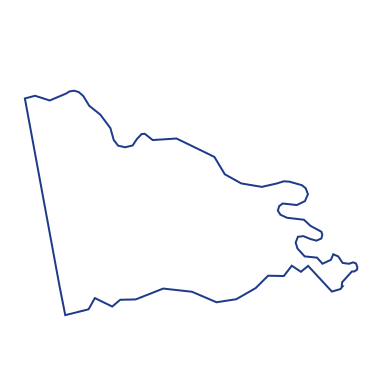 Wabash, Illinois, United States of America, rotated 259°
{"feature_id": "52423323B24181813557828", "entity_name": "Wabash", "entity_type": "district", "adm_level": 2, "iso_a3": "USA", "parent_name": "United States of America", "parent_adm1": "Illinois", "projection": "robinson", "projection_center": [-87.865, 38.403], "detail": "fine", "context": "isolated", "style": "outline", "palette": "blue", "viewbox_px": 384, "rotation_deg": 259, "n_neighbors": 0, "source": "geoboundaries", "source_scale": "gbopen_adm2", "svg_char_len": 1181}
<svg xmlns="http://www.w3.org/2000/svg" viewBox="0 0 384 384"><g transform="rotate(259 192 192)"><path d="M125.7,44.0L95.3,44.1L96.6,68.1L106.4,76.4L94.8,91.8L99.9,101.0L97.3,116.1L102.7,145.3L94.1,172.9L79.1,195.0L78.3,215.0L85.5,236.1L95.3,250.7L92.0,266.1L100.6,275.9L92.9,283.7L97.3,291.9L67.6,310.3L68.4,319.3L70.7,321.9L71.0,321.0L74.8,322.2L83.5,333.8L83.0,336.0L84.2,339.1L86.8,340.0L90.6,339.3L92.2,336.7L91.6,332.4L93.6,326.4L100.9,323.2L103.9,318.8L98.9,315.4L96.7,306.4L103.7,302.2L107.3,290.3L116.3,284.8L122.5,284.1L127.8,287.4L127.4,293.0L123.3,299.2L120.5,304.9L121.7,310.1L125.2,311.8L128.3,311.4L136.2,301.8L143.4,296.6L145.6,289.7L148.6,280.3L152.8,274.5L157.3,272.7L161.5,274.9L163.4,278.8L159.2,292.4L161.5,301.1L167.7,305.4L174.0,304.3L177.7,301.2L183.6,289.5L185.0,284.1L184.2,277.1L183.7,261.5L191.0,242.0L203.1,227.6L222.1,220.7L236.9,201.1L247.5,186.9L248.1,182.0L250.5,163.3L258.1,156.8L258.5,153.6L254.4,147.9L249.0,142.6L248.7,134.8L251.6,128.3L258.0,125.1L270.2,124.1L285.4,116.8L296.2,107.6L306.9,103.6L311.7,99.9L313.9,95.7L314.1,90.8L312.7,87.4L309.0,69.8L316.4,56.3L315.7,45.8L125.7,44.0Z" fill="none" stroke="#1e3a8a" stroke-width="2"/></g></svg>